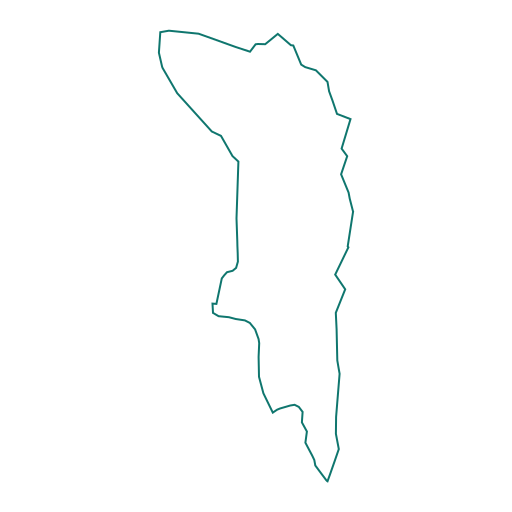 the district of Ikono, Akwa Ibom, Nigeria
{"feature_id": "59680162B21074533395167", "entity_name": "Ikono", "entity_type": "district", "adm_level": 2, "iso_a3": "NGA", "parent_name": "Nigeria", "parent_adm1": "Akwa Ibom", "projection": "robinson", "projection_center": [7.798, 5.169], "detail": "fine", "context": "isolated", "style": "outline", "palette": "teal", "viewbox_px": 512, "rotation_deg": 0, "n_neighbors": 0, "source": "geoboundaries", "source_scale": "gbopen_adm2", "svg_char_len": 1211}
<svg xmlns="http://www.w3.org/2000/svg" viewBox="0 0 512 512"><path d="M263.4,393.3L272.8,412.6L277.1,409.7L280.0,408.5L290.3,405.5L294.6,404.8L298.8,406.9L302.6,411.9L302.0,420.8L301.9,422.4L306.9,431.5L305.4,442.7L312.3,455.8L314.3,460.0L315.3,465.5L321.1,473.3L326.2,480.1L327.3,481.2L327.5,481.3L329.9,474.7L334.6,461.3L338.8,449.1L335.9,433.8L336.1,416.9L337.4,400.8L339.6,373.8L338.4,366.9L337.3,360.4L336.6,329.4L335.8,312.8L345.2,289.3L335.2,274.6L348.4,247.3L347.7,246.4L353.1,211.5L353.0,211.4L349.7,198.5L348.6,192.6L341.1,174.3L347.2,156.2L341.6,148.6L350.5,119.1L337.0,113.9L332.5,100.6L329.1,91.3L327.5,81.9L315.9,70.3L305.2,67.1L301.2,64.6L293.3,45.5L290.9,45.2L277.8,33.9L265.2,44.2L257.9,44.0L255.6,44.3L250.0,51.7L235.7,47.0L198.6,33.7L168.9,30.7L160.3,32.2L158.9,52.7L162.1,66.7L162.6,68.0L177.2,93.2L211.8,131.5L221.0,135.9L232.5,156.1L238.4,161.6L236.5,218.4L237.3,241.4L237.4,245.9L237.7,253.2L237.9,261.6L236.1,267.9L232.6,270.8L227.0,272.2L224.2,275.3L221.8,278.4L216.4,303.9L212.5,303.6L213.0,312.9L218.6,316.2L228.9,317.2L235.7,319.0L244.9,320.4L249.8,322.9L255.1,329.4L258.6,339.1L259.2,343.2L258.6,356.9L259.0,376.8L263.4,393.3Z" fill="none" stroke="#0f766e" stroke-width="2"/></svg>